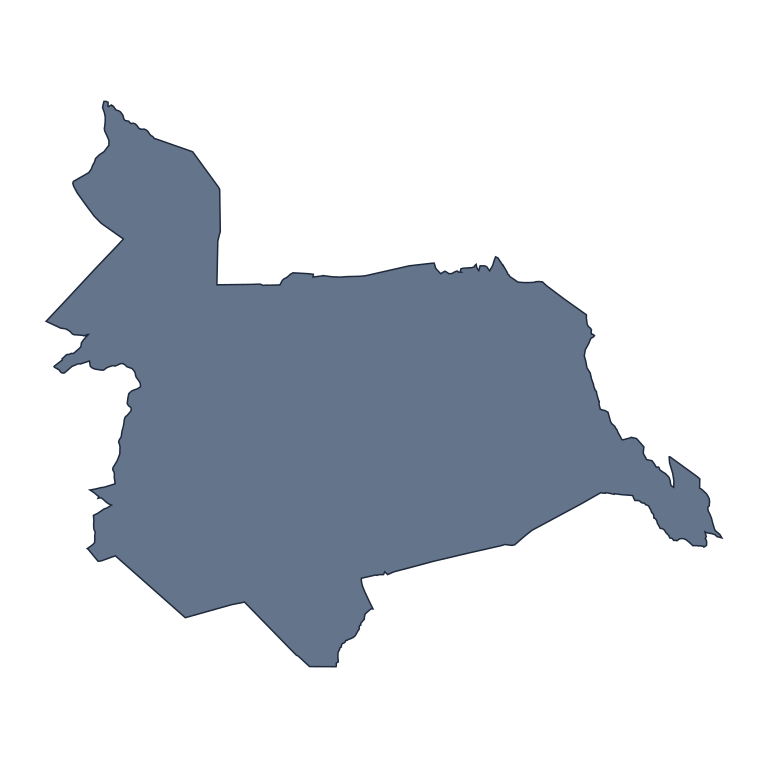 the district of Tlazazalca, Michoacán, Mexico
{"feature_id": "50627088B28595792549416", "entity_name": "Tlazazalca", "entity_type": "district", "adm_level": 2, "iso_a3": "MEX", "parent_name": "Mexico", "parent_adm1": "Michoacán", "projection": "orthographic", "projection_center": [-102.046, 20.015], "detail": "fine", "context": "isolated", "style": "filled", "palette": "slate", "viewbox_px": 768, "rotation_deg": 0, "n_neighbors": 0, "source": "geoboundaries", "source_scale": "gbopen_adm2", "svg_char_len": 6022}
<svg xmlns="http://www.w3.org/2000/svg" viewBox="0 0 768 768"><path d="M89.9,490.0L93.8,492.5L98.8,496.7L98.0,498.3L99.7,497.9L101.2,497.9L102.9,499.1L105.8,501.8L108.1,503.6L111.5,505.1L106.7,508.1L104.1,508.9L97.6,513.4L93.4,515.4L93.9,520.7L93.6,524.1L93.7,527.2L94.0,529.5L95.3,532.4L94.7,535.5L94.8,538.3L94.6,542.6L93.3,544.1L91.5,545.6L87.2,548.6L88.2,549.3L98.1,561.3L101.3,560.9L115.3,555.8L185.3,617.7L231.5,604.7L244.5,602.1L296.4,655.3L298.0,655.9L309.6,666.6L336.1,666.7L336.4,665.1L336.2,663.7L336.6,662.9L338.3,661.9L337.9,656.7L338.0,652.5L339.5,649.7L339.7,648.6L340.1,647.7L341.3,647.0L341.6,644.7L342.4,643.6L344.1,642.9L345.1,642.1L345.7,640.5L347.2,640.3L348.7,639.2L350.4,638.9L351.9,638.0L353.5,637.4L353.7,636.7L354.7,636.3L355.6,635.1L358.0,630.8L359.2,629.2L359.3,625.9L360.8,625.1L360.8,623.4L362.8,620.9L364.3,619.3L364.4,617.4L365.0,614.3L366.1,613.1L370.4,609.3L371.3,608.9L373.0,608.9L369.5,601.8L364.7,591.6L362.4,585.8L361.6,582.5L361.4,580.3L361.3,578.3L375.8,575.0L377.2,575.4L378.7,574.7L383.5,574.6L384.7,571.8L387.7,574.6L393.7,571.9L433.5,561.3L470.5,552.6L500.6,545.8L505.0,544.5L511.8,545.4L514.7,544.8L524.6,536.2L531.8,530.4L581.3,503.8L600.6,492.8L605.4,493.3L606.0,492.6L614.4,494.3L614.9,493.7L620.9,494.6L632.7,495.5L633.6,498.0L634.9,500.5L638.7,500.6L640.0,501.2L640.9,502.2L642.4,503.0L644.3,503.1L645.7,504.8L646.5,504.9L647.9,505.5L649.0,506.5L649.6,508.1L650.6,509.5L651.6,512.4L653.5,514.3L653.9,518.1L655.3,518.6L656.7,520.6L657.5,523.6L658.5,525.0L660.2,528.4L662.2,528.6L663.7,529.5L664.6,530.4L666.0,532.8L666.9,533.2L667.4,534.3L668.7,535.4L669.7,537.9L671.8,538.3L672.4,538.7L673.6,540.3L673.9,540.5L675.1,540.2L676.9,540.8L679.7,538.8L681.6,538.6L683.5,538.7L685.7,539.5L689.0,542.1L692.9,545.7L697.2,545.6L697.9,545.9L699.4,546.0L700.2,545.8L701.2,545.9L701.8,546.2L703.1,546.2L703.9,547.1L706.5,545.4L706.7,542.2L706.3,540.2L705.2,538.5L706.3,536.7L705.0,531.8L706.8,532.8L711.5,533.6L715.0,534.7L716.9,536.6L721.9,537.9L719.9,534.5L715.4,530.7L714.5,529.0L712.6,522.7L711.5,518.2L709.9,514.2L708.4,511.3L707.8,508.5L708.0,507.1L709.2,505.9L709.6,501.4L709.1,498.4L707.5,495.4L706.3,493.6L701.8,489.4L699.6,488.1L699.8,478.9L697.3,476.7L669.8,456.7L669.1,456.9L669.6,463.0L672.7,473.4L673.9,481.1L673.7,487.3L670.9,485.5L670.1,480.5L669.0,477.3L665.6,473.7L662.1,471.5L659.6,469.6L659.2,467.8L658.5,467.1L657.7,467.0L656.3,467.3L654.6,464.3L652.0,460.7L646.7,459.6L643.4,453.7L643.3,452.2L643.9,446.9L636.5,438.5L631.1,437.3L630.2,437.9L622.6,439.9L621.7,439.2L617.9,432.2L616.8,429.4L615.4,427.9L614.9,426.4L611.9,423.8L610.6,421.7L608.0,412.2L604.9,410.5L602.0,409.9L600.6,409.3L600.0,408.9L600.1,408.3L599.0,404.3L599.3,401.3L598.7,400.8L596.6,393.3L596.6,392.0L595.6,390.3L594.7,389.6L594.7,388.5L593.9,386.9L593.5,384.4L591.5,378.8L590.2,372.9L587.0,367.9L585.8,361.3L584.3,355.9L585.3,349.8L588.9,343.2L590.7,338.6L593.8,336.6L594.5,335.5L592.6,334.2L591.5,334.1L591.1,332.3L591.5,329.9L590.4,328.1L588.4,326.6L587.1,323.9L586.4,318.1L586.4,314.8L564.2,299.0L546.5,285.7L542.5,281.9L539.0,281.5L535.9,281.7L534.0,282.3L531.2,282.5L525.0,282.6L521.4,282.4L517.7,282.0L515.7,280.5L509.9,276.6L508.9,274.9L507.6,274.1L507.5,272.8L503.2,265.5L503.1,265.8L497.9,257.9L495.6,256.8L494.5,259.5L492.6,265.6L489.6,270.8L486.7,266.7L484.4,265.8L480.1,265.8L478.8,270.5L477.2,268.5L476.4,265.9L476.2,264.4L474.7,265.7L474.5,266.8L471.2,267.8L469.0,267.7L467.5,268.0L463.3,268.2L460.9,268.8L460.3,271.4L461.3,272.2L458.5,272.2L458.1,271.6L457.6,271.2L457.1,271.0L455.1,271.7L451.9,273.5L448.8,273.7L448.4,273.3L446.0,271.7L444.8,271.2L440.7,273.7L436.9,269.7L435.6,268.0L434.2,263.1L431.2,263.3L409.3,265.8L365.2,275.8L359.4,276.3L346.8,276.6L340.3,277.1L332.4,276.8L323.0,275.6L323.0,275.8L313.0,277.0L313.4,274.3L308.7,273.7L293.0,272.8L290.0,274.5L288.7,275.9L286.2,277.8L284.4,278.6L283.3,279.4L282.5,280.2L281.2,282.4L279.9,284.9L269.3,285.2L266.6,285.1L263.1,285.4L260.3,284.1L250.8,284.4L216.9,284.8L217.8,241.3L219.5,234.2L220.3,231.8L219.7,189.5L218.5,187.2L192.7,151.8L156.8,139.2L154.5,138.6L152.6,136.4L151.1,135.7L149.8,134.3L148.2,131.8L146.6,130.2L144.0,129.0L141.8,129.4L141.2,129.1L140.8,129.3L140.0,128.7L139.0,128.4L136.7,125.2L135.0,123.8L133.3,123.2L131.0,123.5L129.7,122.5L128.8,121.2L127.0,120.9L125.1,120.5L123.8,118.9L123.1,115.7L121.6,113.3L120.2,111.7L119.1,111.0L115.8,109.8L113.6,106.6L112.7,105.8L112.6,106.0L111.7,105.5L111.3,105.0L108.6,106.6L108.0,106.3L108.1,102.2L106.9,101.9L106.1,101.3L103.9,101.4L102.5,107.5L104.3,112.4L105.2,116.8L105.2,121.2L104.8,125.6L104.3,128.5L104.7,130.9L107.9,137.9L108.9,140.6L108.9,145.2L104.0,151.7L99.5,154.7L95.6,158.4L94.3,162.5L92.7,165.1L91.4,168.9L88.8,172.6L73.4,181.4L72.8,183.4L73.6,186.1L77.2,192.9L86.1,205.3L94.3,216.3L101.2,223.3L123.4,239.0L116.0,247.0L96.5,267.4L62.6,303.8L46.1,321.3L60.8,328.2L65.6,328.8L67.8,330.0L70.0,331.4L72.3,333.9L73.9,334.7L82.4,335.3L83.6,335.8L84.0,335.5L85.5,336.0L85.8,335.2L87.2,334.5L88.4,334.5L83.6,339.7L81.4,342.9L80.9,346.7L79.0,348.7L73.4,353.5L71.2,353.4L69.3,354.3L66.6,354.6L62.0,358.9L62.3,360.0L54.0,366.4L54.4,367.2L59.1,369.9L60.6,372.0L61.4,372.7L63.4,373.1L64.5,372.9L72.0,366.4L78.5,363.7L80.4,364.0L89.5,361.0L90.3,366.3L92.4,368.1L95.0,369.1L102.0,370.2L103.8,370.0L107.0,367.6L109.9,366.5L112.2,365.8L113.6,365.7L115.1,366.1L120.3,363.8L121.7,363.5L123.3,363.8L125.3,365.1L126.8,366.7L132.2,368.6L134.3,371.2L135.2,373.1L135.6,375.5L136.2,377.2L138.8,380.8L139.9,382.6L140.4,384.3L140.5,386.7L137.8,388.6L132.6,390.5L131.3,391.3L128.8,393.6L127.9,398.0L127.2,403.4L128.1,405.2L129.3,406.4L130.5,407.1L131.3,408.7L130.8,411.1L126.8,415.8L125.7,416.4L124.8,417.9L124.2,420.1L123.9,423.4L123.0,427.8L122.3,429.9L121.7,432.8L121.4,435.7L120.8,437.7L119.8,438.9L119.0,440.5L118.6,442.1L119.4,444.1L120.0,446.7L119.8,453.9L117.2,460.7L113.0,467.6L112.7,469.5L113.2,470.8L113.9,471.7L114.4,473.9L114.2,477.3L115.2,483.7L110.1,485.4L103.8,487.3L101.5,487.5L95.4,489.0L89.9,490.0Z" fill="#64748b" stroke="#1e293b" stroke-width="1.5"/></svg>